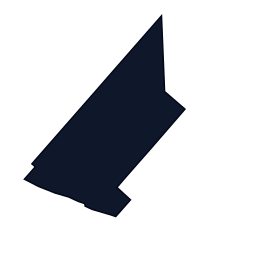 the district of Martin, Florida, United States of America, rotated 131°
{"feature_id": "52423323B2908823577252", "entity_name": "Martin", "entity_type": "district", "adm_level": 2, "iso_a3": "USA", "parent_name": "United States of America", "parent_adm1": "Florida", "projection": "natural_earth1", "projection_center": [-80.305, 27.11], "detail": "fine", "context": "isolated", "style": "filled", "palette": "ink", "viewbox_px": 256, "rotation_deg": 131, "n_neighbors": 0, "source": "geoboundaries", "source_scale": "gbopen_adm2", "svg_char_len": 459}
<svg xmlns="http://www.w3.org/2000/svg" viewBox="0 0 256 256"><g transform="rotate(131 128 128)"><path d="M76.4,97.4L76.5,124.3L21.4,176.3L102.2,176.6L115.4,176.6L211.3,177.0L211.5,177.0L218.1,177.0L218.1,172.5L234.6,172.6L230.8,157.2L224.8,140.1L219.0,127.6L216.0,117.3L213.4,111.0L213.8,110.6L215.1,109.1L212.9,101.6L204.6,83.5L202.9,79.2L180.6,79.0L180.1,97.4L167.9,97.5L128.3,97.3L76.4,97.4Z" fill="#0f172a" stroke="#020617" stroke-width="1.5"/></g></svg>